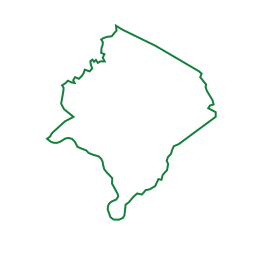 the district of Ibarama, Rio Grande do Sul, Brazil, rotated 292°
{"feature_id": "56859067B60880352226675", "entity_name": "Ibarama", "entity_type": "district", "adm_level": 2, "iso_a3": "BRA", "parent_name": "Brazil", "parent_adm1": "Rio Grande do Sul", "projection": "mercator", "projection_center": [-53.186, -29.418], "detail": "fine", "context": "isolated", "style": "outline", "palette": "green", "viewbox_px": 256, "rotation_deg": 292, "n_neighbors": 0, "source": "geoboundaries", "source_scale": "gbopen_adm2", "svg_char_len": 1473}
<svg xmlns="http://www.w3.org/2000/svg" viewBox="0 0 256 256"><g transform="rotate(292 128 128)"><path d="M171.2,205.1L175.5,203.4L176.0,199.4L176.4,195.0L179.6,195.6L181.9,198.5L185.4,196.0L192.0,187.2L195.0,184.6L197.6,184.1L202.2,175.9L206.0,175.9L207.2,172.4L214.5,122.7L217.1,85.8L218.3,78.6L213.9,80.9L210.6,79.6L207.0,78.6L204.7,74.5L202.3,71.7L200.0,70.0L198.2,72.5L195.5,73.4L192.1,73.5L187.6,75.0L187.6,78.5L183.8,78.2L181.0,81.4L179.4,77.4L177.1,75.7L179.1,72.7L176.7,71.7L178.1,69.3L175.8,68.1L173.0,69.7L169.8,72.4L166.1,71.2L165.9,66.1L162.0,66.3L159.0,65.7L155.2,64.0L155.3,59.9L151.8,59.3L149.8,61.6L149.1,58.6L149.3,54.5L146.0,53.2L142.9,50.9L141.2,53.2L137.8,54.3L125.5,56.9L121.5,61.6L117.9,73.3L110.6,67.1L97.0,60.5L94.4,59.4L90.7,58.9L87.7,57.0L86.4,61.3L86.4,64.4L87.6,67.7L89.6,70.0L92.6,72.3L94.8,73.9L96.4,76.3L97.0,80.2L95.2,84.1L91.6,88.2L91.5,93.2L91.6,97.5L90.1,100.9L90.1,105.5L90.7,111.4L89.4,114.7L87.2,117.1L84.5,118.7L80.9,121.4L78.8,125.1L76.9,129.4L75.5,132.2L70.5,134.0L63.2,142.9L60.8,144.6L57.3,143.9L53.3,140.0L50.5,138.8L47.7,138.8L44.7,139.8L38.7,145.2L37.7,148.9L39.6,153.9L42.7,157.0L45.8,157.4L56.1,154.5L59.4,156.6L66.3,158.8L70.7,161.0L71.5,165.7L74.2,166.8L76.9,167.6L79.3,171.1L84.4,175.0L87.5,175.1L92.0,175.4L92.5,178.4L97.4,177.8L100.8,178.9L103.5,180.0L109.7,178.7L112.0,176.2L115.8,175.9L120.3,177.6L123.7,177.1L128.3,177.3L132.0,181.0L134.7,182.7L171.2,205.1Z" fill="none" stroke="#15803d" stroke-width="2"/></g></svg>